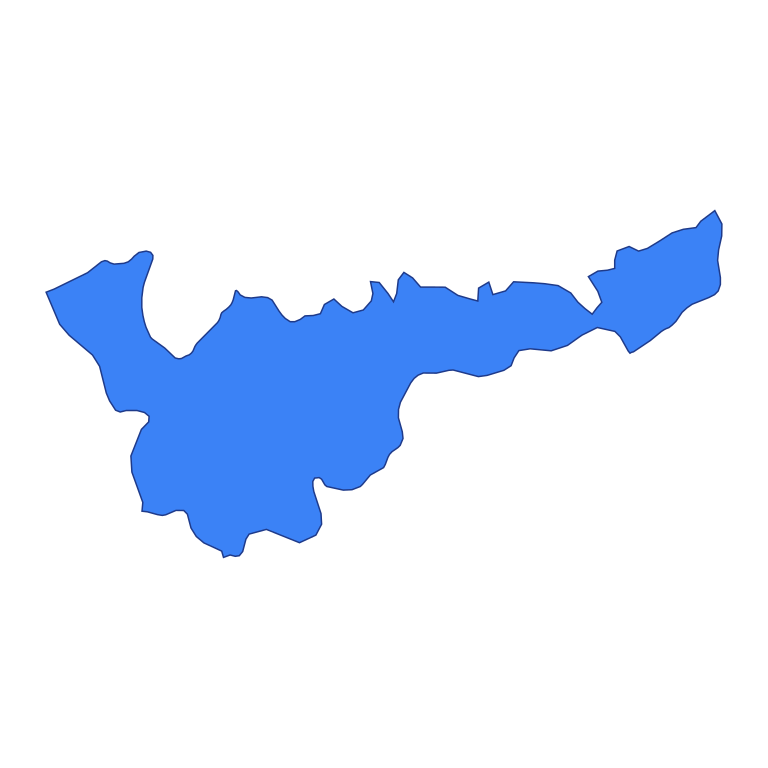 the District of Mohale's Hoek
{"feature_id": "LSO-1204", "entity_name": "Mohale's Hoek", "entity_type": "District", "adm_level": 1, "iso_a3": "LSO", "parent_name": "Lesotho", "parent_adm1": "", "projection": "albers", "projection_center": [27.808, -30.085], "detail": "fine", "context": "isolated", "style": "filled", "palette": "blue", "viewbox_px": 768, "rotation_deg": 0, "n_neighbors": 0, "source": "natural_earth", "source_scale": "10m", "svg_char_len": 2885}
<svg xmlns="http://www.w3.org/2000/svg" viewBox="0 0 768 768"><path d="M120.2,412.0L115.6,410.2L109.6,400.9L106.3,393.0L99.6,366.3L92.5,355.0L69.1,335.2L59.7,324.3L46.1,292.2L54.1,289.1L87.6,272.7L101.4,261.8L104.9,260.6L107.3,261.1L110.2,262.9L114.1,264.1L124.0,263.3L128.3,261.8L131.6,259.1L134.2,256.2L138.9,252.5L146.2,251.1L150.6,252.3L152.9,255.4L152.8,259.0L144.4,282.4L143.1,287.4L141.8,297.8L141.8,307.5L142.9,315.4L144.3,321.7L146.0,327.2L149.9,335.9L150.5,337.2L152.2,339.0L164.7,348.0L175.2,358.0L178.8,358.8L181.5,358.5L186.0,356.0L189.3,354.8L191.5,353.0L193.0,351.0L194.9,346.5L196.0,344.7L197.2,343.1L217.5,322.6L218.9,320.5L220.2,317.5L220.9,314.6L221.7,312.8L223.7,311.1L226.2,309.4L228.8,307.1L230.9,304.8L232.2,302.4L233.2,299.8L235.5,290.8L236.5,290.5L238.0,291.8L240.2,294.9L244.9,297.4L251.2,298.0L261.6,296.8L267.7,297.6L272.1,300.1L279.1,311.2L282.0,315.1L285.3,318.5L290.2,321.7L294.8,321.7L300.3,319.4L305.0,315.9L313.3,315.5L320.4,313.7L324.4,304.5L333.9,299.0L341.9,306.4L353.0,312.8L363.3,310.0L371.3,300.9L372.9,293.5L370.5,281.6L379.2,282.5L388.0,293.5L393.5,301.8L396.7,293.5L398.3,279.8L403.9,272.4L412.6,277.9L420.6,287.1L433.3,287.1L445.2,287.2L457.9,295.4L470.6,299.1L477.8,301.0L478.6,288.1L488.8,282.1L492.9,294.6L505.6,290.9L513.6,281.8L533.5,282.8L544.6,283.7L558.1,285.6L570.8,293.0L577.9,302.2L585.1,308.7L592.2,314.2L597.0,307.8L601.8,302.3L597.8,291.3L588.4,276.6L597.9,271.1L607.5,270.2L614.7,268.4L614.7,260.2L617.1,251.0L629.1,246.5L638.6,251.1L647.4,248.4L659.4,241.1L672.1,232.9L683.3,229.3L696.0,227.6L700.8,221.2L714.8,210.6L721.9,224.0L721.7,236.0L718.6,249.9L717.6,260.4L720.4,277.6L720.4,284.5L718.2,291.0L714.6,294.6L708.9,297.5L692.2,304.2L687.0,307.8L682.1,312.3L675.9,321.4L672.0,325.2L668.9,327.6L666.2,328.6L663.9,329.8L661.3,331.5L650.5,340.4L633.5,351.8L631.3,352.4L630.0,353.2L628.2,351.0L620.3,336.8L614.9,331.4L597.3,327.5L582.2,335.0L579.7,336.7L567.5,345.4L551.2,350.8L530.1,348.8L518.9,350.6L514.1,357.9L511.1,365.7L503.9,370.3L487.1,375.4L478.4,376.6L453.1,370.0L448.9,370.3L436.5,373.1L423.3,373.0L418.2,375.1L414.1,378.4L410.7,382.9L400.4,402.3L398.5,409.5L398.4,417.8L402.3,431.8L403.0,438.5L400.2,445.3L397.9,447.6L392.1,451.6L389.5,454.4L387.9,457.4L385.3,464.4L383.6,467.6L370.3,475.0L362.5,484.4L360.3,486.5L352.0,489.7L343.3,490.1L326.8,486.5L324.9,484.9L321.6,479.2L319.2,477.6L314.6,478.1L312.8,481.5L312.9,486.3L313.8,491.5L321.0,513.6L321.6,524.2L315.9,535.1L299.5,542.7L266.4,529.4L249.1,534.1L245.9,539.2L242.7,551.5L239.3,555.7L235.3,556.3L230.1,555.0L223.5,557.4L221.7,551.1L203.9,542.9L196.3,536.5L191.0,528.0L187.4,514.2L183.8,510.5L176.0,510.4L165.7,514.8L162.3,515.4L157.4,514.6L147.7,511.9L147.3,511.8L142.0,511.2L142.8,502.4L131.9,472.1L130.9,456.0L141.4,429.4L148.7,421.9L149.1,416.3L144.5,412.5L137.0,410.5L126.2,410.5L120.2,412.0Z" fill="#3b82f6" stroke="#1e3a8a" stroke-width="1.5"/></svg>